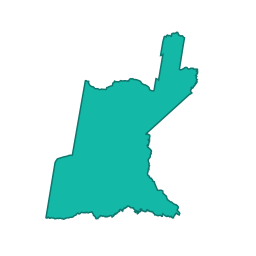 Pimenta Bueno, Rondônia, Brazil (orthographic projection), rotated 100°
{"feature_id": "56859067B24271641905673", "entity_name": "Pimenta Bueno", "entity_type": "district", "adm_level": 2, "iso_a3": "BRA", "parent_name": "Brazil", "parent_adm1": "Rondônia", "projection": "orthographic", "projection_center": [-60.823, -11.862], "detail": "fine", "context": "isolated", "style": "filled", "palette": "teal", "viewbox_px": 256, "rotation_deg": 100, "n_neighbors": 0, "source": "geoboundaries", "source_scale": "gbopen_adm2", "svg_char_len": 5807}
<svg xmlns="http://www.w3.org/2000/svg" viewBox="0 0 256 256"><g transform="rotate(100 128 128)"><path d="M29.4,88.0L28.9,89.1L27.8,90.4L28.2,92.2L28.0,92.8L27.9,93.3L27.6,93.7L27.7,94.2L25.3,95.6L25.2,96.4L25.5,97.0L26.3,97.2L26.3,97.7L26.8,98.6L26.7,99.5L27.3,100.9L28.1,101.4L28.6,101.3L29.3,101.1L30.2,101.4L30.0,102.1L29.8,102.5L29.7,103.1L30.1,103.8L29.6,105.1L29.9,105.6L30.4,106.1L31.0,106.0L31.6,106.2L31.4,107.7L31.9,108.2L37.2,108.6L51.0,108.5L50.6,107.5L49.5,106.4L75.4,106.2L75.0,106.8L74.5,109.0L85.8,108.9L86.9,109.1L87.0,109.7L87.2,110.2L87.2,110.8L87.2,111.3L86.7,113.0L86.3,113.5L84.8,114.2L84.3,114.6L83.7,115.5L82.6,118.2L82.5,120.1L82.0,121.6L81.4,122.5L80.0,123.7L79.6,124.7L79.0,127.7L79.0,129.4L79.2,130.1L79.2,130.8L78.6,131.9L78.9,132.6L79.1,134.1L79.4,134.6L80.1,135.1L81.6,135.5L81.5,136.2L81.9,136.5L81.9,137.0L82.0,137.5L81.9,138.2L81.9,138.8L82.3,140.4L82.8,141.7L82.6,142.3L82.6,143.4L83.6,144.3L84.3,145.5L84.3,146.8L84.5,147.7L84.4,148.4L84.6,148.9L84.2,149.3L84.6,149.6L85.5,149.6L86.2,150.5L86.6,150.7L88.9,150.8L89.4,151.2L89.8,152.6L90.3,153.2L91.0,154.5L91.5,154.8L91.9,155.9L93.4,156.1L93.9,156.3L94.0,157.5L94.3,159.5L94.2,160.8L94.7,161.4L95.1,162.4L95.1,163.2L94.7,164.0L94.5,164.8L95.0,166.7L95.0,167.3L94.8,167.7L94.0,168.5L93.4,169.7L93.6,170.4L93.3,171.2L93.2,172.1L92.2,173.4L91.5,173.8L90.8,174.7L88.9,174.8L89.0,175.8L89.2,176.5L88.7,177.2L88.6,177.7L88.9,178.2L97.1,178.2L164.4,178.1L165.1,181.0L166.6,183.6L167.4,185.8L170.1,191.1L170.8,192.2L173.6,193.5L175.2,193.8L230.6,193.2L230.8,192.5L230.7,192.0L229.9,191.6L229.7,190.7L229.9,190.1L230.5,189.9L230.3,188.8L229.5,187.7L229.7,187.0L229.6,185.5L230.1,184.6L230.0,184.0L229.9,183.4L229.4,182.4L229.1,181.3L229.2,180.4L228.7,179.8L228.6,179.0L228.6,178.2L228.8,177.4L228.7,176.8L229.0,175.7L228.7,175.0L228.1,174.4L228.0,173.9L227.1,172.7L226.9,171.9L226.9,171.0L226.1,169.7L225.8,168.3L225.2,166.8L224.0,166.0L223.1,164.8L222.7,164.1L222.0,163.8L220.9,163.1L220.5,162.5L221.2,161.3L220.9,160.7L219.5,159.6L219.0,159.0L219.2,158.5L219.1,158.0L219.2,157.5L218.9,155.8L218.5,155.1L218.8,154.8L218.2,154.1L218.2,153.4L218.5,153.0L218.5,152.2L218.2,151.8L217.7,151.4L217.4,149.8L217.1,149.3L217.0,148.7L218.1,148.0L218.7,147.3L220.0,146.8L220.1,146.1L220.6,145.8L220.9,144.9L222.2,144.3L222.9,143.6L222.4,143.0L222.5,142.0L222.0,141.9L220.8,141.2L220.3,140.3L219.2,140.1L219.0,139.7L219.0,139.2L219.4,138.0L219.1,137.6L218.9,136.6L219.3,135.8L219.4,134.4L218.9,134.4L218.8,133.6L219.0,132.8L218.1,131.6L218.0,131.0L217.2,129.9L217.2,129.3L217.4,128.8L218.4,128.2L216.8,126.7L216.2,127.1L215.7,126.4L214.4,125.7L214.4,125.2L214.9,125.2L214.5,124.7L214.2,124.2L213.7,124.2L212.1,122.7L211.8,122.2L211.2,121.8L210.7,122.3L209.8,121.9L209.5,121.4L210.6,119.5L210.1,119.6L210.1,119.0L209.7,119.4L209.1,119.0L208.8,118.5L208.3,117.9L207.7,117.9L207.4,116.8L206.9,116.7L206.8,116.2L206.3,115.5L205.4,115.3L204.9,114.8L205.0,114.2L205.0,112.9L205.4,112.6L206.0,111.7L206.0,110.9L205.8,110.4L205.7,108.9L206.3,108.9L207.5,107.1L207.7,106.4L208.7,106.6L209.1,107.0L209.8,106.0L209.4,105.7L208.2,105.6L208.1,104.9L208.4,104.1L210.2,104.3L210.8,103.9L210.2,103.2L209.7,102.9L209.1,103.1L208.1,102.9L208.6,101.8L207.5,100.9L206.9,101.1L206.5,101.8L206.0,101.9L205.6,101.6L205.4,101.1L205.6,100.6L206.9,99.6L207.0,99.1L207.2,98.6L207.1,98.0L207.5,96.7L207.2,95.8L205.9,95.5L205.1,95.0L205.3,94.2L205.7,93.4L206.1,93.7L206.1,93.1L206.5,91.3L206.1,90.7L206.5,90.1L206.2,89.5L206.6,88.7L207.2,88.5L207.7,87.8L207.8,87.2L209.0,86.5L208.7,85.3L209.2,83.5L209.1,82.9L208.8,82.5L208.6,82.0L208.4,80.4L209.1,79.5L209.0,79.0L208.1,79.2L207.3,78.6L206.6,78.6L207.1,78.1L207.4,77.0L208.0,76.0L208.4,74.6L208.1,73.6L207.6,73.3L208.3,71.4L208.0,71.0L208.0,70.5L207.6,70.3L208.3,69.6L208.8,68.5L208.5,67.6L207.4,67.8L206.9,67.4L206.0,67.0L204.9,66.4L203.8,66.0L203.4,65.5L203.9,65.2L203.8,64.6L204.3,64.1L204.8,62.5L203.1,62.2L202.4,62.7L202.0,63.4L201.4,63.8L200.8,65.0L200.3,65.4L197.9,64.6L197.0,64.8L195.9,66.0L195.5,67.0L195.2,67.3L195.2,68.2L194.7,70.2L193.6,71.8L193.3,72.3L193.5,73.3L193.1,73.9L192.1,75.7L191.9,76.5L191.5,76.7L190.7,77.4L188.4,78.4L188.1,79.3L187.1,80.6L186.4,82.1L183.9,82.9L183.5,84.5L184.2,87.5L184.2,88.1L178.4,91.8L177.9,92.2L176.6,92.6L176.2,92.9L176.1,94.6L175.1,94.7L174.5,95.2L174.1,96.0L173.5,96.2L173.7,96.8L173.1,98.3L172.6,98.1L171.8,98.8L171.2,99.7L171.0,100.4L169.7,100.9L168.5,100.8L167.9,100.9L167.2,100.7L166.1,100.9L165.5,100.2L164.7,100.2L164.2,100.9L163.6,100.6L163.1,100.5L162.1,100.6L161.3,100.3L160.1,101.2L159.4,101.0L157.3,102.2L156.3,102.5L155.4,102.6L155.0,102.2L154.4,102.2L154.1,101.8L153.1,101.2L151.6,101.2L150.4,101.4L149.7,101.2L149.3,100.6L148.1,101.2L147.7,101.0L147.0,100.9L146.1,101.1L145.7,101.9L145.2,102.2L144.5,103.5L144.2,104.0L143.5,104.5L143.6,105.1L142.4,105.8L141.9,105.4L141.7,106.0L141.0,105.8L141.1,104.9L139.7,104.9L138.3,104.7L137.7,104.9L137.2,104.5L136.7,104.7L136.9,105.4L135.9,106.0L135.8,105.3L135.6,104.8L133.6,105.2L132.2,105.0L131.7,105.3L131.2,105.5L131.0,106.1L131.1,106.9L130.6,107.3L130.3,108.4L131.0,108.5L130.8,109.3L130.2,109.0L86.5,75.1L83.8,73.0L83.7,72.4L82.4,71.2L81.7,72.2L81.2,72.6L80.5,72.6L80.0,72.9L79.2,72.9L78.9,72.5L78.2,72.3L77.7,72.5L77.6,71.9L77.1,72.2L77.2,71.1L76.2,70.6L75.3,70.7L75.1,70.0L74.6,69.7L73.1,69.2L72.6,69.4L72.4,68.8L71.5,69.0L71.6,68.3L70.5,68.0L70.0,68.2L69.4,68.8L68.9,68.7L68.4,68.2L67.6,69.2L66.2,69.7L65.2,69.2L64.8,69.6L64.6,70.5L64.0,70.2L63.4,69.5L62.4,69.7L62.0,69.1L60.6,69.2L60.5,70.3L60.0,70.6L58.9,69.5L58.4,69.7L58.0,70.1L58.2,70.8L58.3,71.6L58.3,72.4L58.6,73.0L58.5,74.1L57.9,74.3L58.3,76.7L59.5,77.9L59.5,78.6L59.0,79.6L58.2,80.5L58.2,81.2L58.4,81.9L59.0,82.9L59.7,83.2L60.4,84.3L61.4,85.6L61.7,86.6L61.1,87.6L37.2,88.0L29.4,88.0Z" fill="#14b8a6" stroke="#0f766e" stroke-width="1.5"/></g></svg>